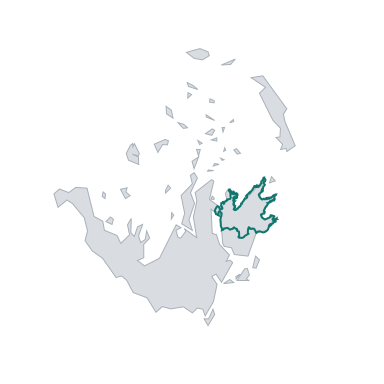 Greece, with Peloponnisos highlighted, rotated 240°
{"feature_id": "GRC-2885", "entity_name": "Peloponnisos", "entity_type": "Region", "adm_level": 1, "iso_a3": "GRC", "parent_name": "Greece", "parent_adm1": "", "projection": "orthographic", "projection_center": [22.642, 37.277], "detail": "fine", "context": "in_parent", "style": "outline", "palette": "teal", "viewbox_px": 384, "rotation_deg": 240, "n_neighbors": 0, "source": "natural_earth", "source_scale": "10m", "svg_char_len": 9718}
<svg xmlns="http://www.w3.org/2000/svg" viewBox="0 0 384 384"><g transform="rotate(240 192 192)"><path d="M245.7,68.3L259.4,71.5L260.9,78.7L253.1,85.0L254.1,93.7L247.8,103.0L219.8,94.9L211.4,100.1L202.6,97.0L191.9,105.3L183.1,104.6L186.1,116.5L195.8,119.7L199.5,126.2L187.4,118.7L182.3,119.8L189.1,127.5L188.6,133.0L180.6,123.7L173.9,122.3L174.2,127.7L181.0,133.3L173.2,132.3L170.8,124.0L159.2,117.4L159.9,110.5L151.8,113.9L150.8,130.6L171.5,161.9L166.6,164.6L166.8,158.9L160.0,157.2L157.7,158.9L159.0,162.2L161.3,167.2L164.2,167.0L150.1,173.2L169.5,180.6L181.9,191.8L190.0,194.5L192.9,215.1L190.5,216.3L176.8,203.4L163.5,209.2L168.2,218.6L173.9,220.0L176.6,225.1L167.2,229.0L162.9,223.6L154.5,221.5L167.3,261.3L154.3,248.7L151.2,249.2L147.7,261.3L145.9,260.3L144.4,252.1L135.8,240.1L132.2,241.5L130.3,250.7L125.8,246.1L121.4,238.1L124.3,227.0L108.5,208.4L116.7,197.4L124.0,198.3L128.8,192.7L132.5,193.0L160.1,206.3L159.3,202.9L167.7,199.9L145.9,188.8L142.9,191.8L132.8,189.7L118.7,192.9L114.8,186.8L113.9,190.9L110.5,191.9L99.0,172.4L108.8,171.8L109.0,166.9L99.4,167.5L86.2,155.6L78.2,141.5L85.1,142.8L88.9,138.4L87.1,131.9L96.9,127.1L101.3,115.3L107.6,108.9L105.9,100.6L122.8,100.2L134.3,90.8L148.1,91.3L154.4,89.1L156.0,83.5L179.3,81.4L190.7,76.2L203.3,75.0L210.4,82.0L223.6,85.8L241.9,82.7L247.5,79.8L245.7,68.3ZM188.0,294.3L197.3,292.0L195.6,295.6L203.0,300.5L213.8,297.9L243.8,299.8L245.9,308.0L261.4,300.4L257.2,311.4L216.6,315.7L213.7,310.1L206.4,307.7L180.4,304.5L179.6,294.4L182.7,295.2L184.5,290.0L188.0,294.3ZM169.6,167.2L177.2,175.0L194.4,180.8L198.9,196.4L207.2,198.9L207.7,203.5L201.4,203.7L192.1,190.3L180.9,188.5L169.5,175.5L158.6,173.1L169.6,167.2ZM258.2,154.3L263.3,162.1L263.6,164.9L260.8,163.4L262.6,166.3L251.6,165.6L250.1,163.6L254.6,159.2L249.1,163.1L242.5,159.6L251.3,152.9L258.2,154.3ZM305.3,276.0L301.5,275.2L301.1,267.4L306.6,260.7L315.7,257.0L312.2,270.6L305.3,276.0ZM250.9,195.0L248.2,197.2L245.1,194.3L247.8,190.2L243.3,182.3L252.3,183.2L250.9,195.0ZM92.9,186.8L99.1,199.1L98.2,201.7L91.4,200.2L89.5,195.5L86.6,197.4L92.9,186.8ZM80.0,151.6L74.6,150.4L68.3,139.1L76.1,139.1L73.8,142.9L80.0,151.6ZM230.1,131.4L228.1,137.9L225.0,134.8L219.8,136.5L219.5,131.1L230.1,131.4ZM272.4,209.0L279.2,212.4L273.2,215.0L265.5,212.5L272.4,209.0ZM211.1,108.9L207.6,110.3L203.9,106.5L209.4,102.7L211.1,108.9ZM96.1,206.8L104.7,215.0L99.6,216.5L94.0,209.4L96.1,206.8ZM236.6,241.1L234.1,242.5L231.2,237.5L235.8,232.8L236.6,241.1ZM218.6,207.4L219.0,215.2L211.2,205.5L218.6,207.4ZM287.3,280.9L285.5,296.0L283.2,289.2L287.3,280.9ZM97.3,181.0L92.7,182.9L96.9,173.5L97.3,181.0ZM165.5,268.6L160.0,269.6L161.2,263.6L165.5,268.6ZM277.8,248.3L285.2,241.7L289.2,242.6L283.6,246.2L277.8,248.3ZM249.9,220.2L251.4,216.3L259.0,214.5L254.9,218.6L249.9,220.2ZM227.4,234.8L226.5,240.5L223.7,239.0L227.4,234.8ZM226.6,217.2L224.7,220.4L220.0,215.7L226.6,217.2ZM209.8,174.7L206.0,175.5L204.3,168.6L206.6,169.9L209.8,174.7ZM236.5,115.1L233.4,116.1L229.8,113.3L233.1,112.0L236.5,115.1ZM207.4,249.3L207.3,252.2L201.3,253.3L202.2,250.1L207.4,249.3ZM251.8,242.9L242.6,247.4L249.9,241.8L251.8,242.9ZM202.9,217.1L199.7,221.5L202.2,215.9L202.9,217.1ZM233.7,222.8L229.2,225.1L229.3,222.3L233.7,222.8ZM263.7,254.1L260.1,256.9L258.2,255.7L261.0,252.2L263.7,254.1ZM280.0,238.2L276.6,240.4L275.4,235.3L280.0,238.2ZM205.4,225.8L202.4,229.3L203.9,223.4L205.4,225.8ZM96.8,187.8L96.9,192.6L94.6,186.7L96.8,187.8ZM232.8,250.3L231.7,252.5L228.5,248.9L232.8,250.3ZM184.3,164.0L181.1,164.7L179.0,160.6L184.3,164.0ZM178.3,207.4L175.8,208.2L174.5,207.2L176.3,205.0L178.3,207.4ZM206.9,233.7L203.9,235.9L204.3,233.9L206.9,233.7ZM233.2,259.2L234.1,264.0L232.1,263.4L233.2,259.2ZM213.9,242.4L211.3,242.1L211.4,239.8L213.9,242.4Z" fill="#d9dde1" stroke="#a8b0b8" stroke-width="1"/><path d="M167.0,206.9L166.5,207.3L165.1,208.0L163.9,207.5L163.7,207.6L162.9,207.5L162.7,208.5L162.3,209.1L162.4,209.8L162.8,210.3L163.4,210.2L163.9,210.5L164.6,210.5L165.2,210.4L165.7,210.2L166.6,211.1L167.2,211.5L167.7,211.7L167.5,212.4L167.6,212.7L167.7,213.0L167.3,213.0L166.8,213.4L166.1,213.5L165.9,214.2L166.7,214.7L167.0,214.9L167.5,214.9L167.2,215.8L167.2,216.3L167.5,217.7L167.1,217.7L167.2,218.5L167.3,218.8L167.9,219.0L167.2,220.7L167.0,221.7L167.2,222.2L167.7,222.7L169.1,223.1L170.0,223.8L170.5,223.9L171.3,224.7L171.8,224.6L173.3,224.9L173.8,224.6L174.9,224.6L175.3,225.1L175.3,226.0L171.8,226.2L171.3,226.1L171.5,226.6L170.5,226.5L170.1,226.5L170.2,226.9L169.2,227.1L169.2,227.5L169.4,227.7L170.0,227.6L169.8,227.9L169.8,228.1L170.6,228.4L170.1,228.6L168.5,228.6L167.9,228.8L167.9,229.1L168.4,230.1L167.8,230.3L167.4,230.3L166.6,229.9L166.6,229.6L167.2,229.6L167.2,229.4L166.9,229.3L166.5,229.4L166.1,229.3L165.8,228.9L166.4,229.2L166.3,228.8L166.1,228.6L165.4,228.2L165.2,228.4L164.9,228.4L164.6,228.2L164.5,227.0L164.6,226.6L165.2,227.0L165.5,226.7L165.8,226.2L165.8,225.7L166.6,226.2L166.6,225.9L166.4,225.6L166.3,224.8L165.3,224.3L164.3,224.6L163.8,224.4L164.2,224.2L163.8,223.4L162.8,224.1L162.6,224.4L162.2,223.1L161.9,222.7L161.4,222.2L160.8,222.2L160.7,222.1L160.6,221.7L160.2,221.5L159.6,221.5L160.0,221.6L160.2,222.0L159.7,221.7L159.2,221.8L158.3,222.4L158.1,222.2L157.3,221.7L157.5,221.2L157.1,221.0L156.8,220.8L156.6,220.5L156.7,220.2L156.1,219.5L154.9,220.0L154.6,220.6L154.5,221.5L154.9,222.3L154.7,223.2L154.8,223.6L155.3,224.2L155.3,225.1L155.7,225.5L155.7,225.8L155.5,226.3L155.5,226.7L157.0,228.5L157.3,228.7L157.1,229.2L157.5,229.2L157.5,229.4L157.3,229.4L157.3,229.7L157.6,230.0L158.3,231.2L158.5,231.9L159.5,233.7L159.8,234.1L160.0,234.5L159.6,234.9L159.5,236.3L159.7,236.8L160.3,236.9L161.3,236.7L161.3,236.8L161.5,237.2L161.3,237.3L161.5,237.4L161.3,237.7L161.8,237.9L162.0,238.2L161.9,238.4L161.5,238.2L161.8,238.8L162.5,240.0L162.5,240.4L162.9,241.7L162.3,241.7L162.7,242.4L162.9,242.2L163.0,242.8L162.9,243.4L163.2,243.9L163.8,245.4L164.0,245.7L163.9,245.9L164.3,246.6L165.1,247.4L165.3,247.8L165.4,248.2L165.3,248.5L164.9,248.6L164.9,248.9L165.5,248.9L165.9,249.1L165.8,249.4L165.5,249.7L165.3,249.9L165.3,250.5L165.2,250.9L164.8,250.9L164.1,250.4L163.9,250.8L163.5,251.2L163.3,251.5L163.7,251.9L163.5,252.4L164.3,252.4L163.6,253.0L163.6,254.0L164.1,254.9L164.7,255.9L165.0,256.5L166.6,257.4L166.9,257.9L167.2,257.9L166.8,258.1L166.8,258.4L166.9,258.6L167.0,258.8L166.8,258.9L166.6,259.1L167.1,259.8L168.0,260.4L168.6,261.0L168.4,261.8L167.4,261.3L167.1,261.7L166.7,261.8L165.4,261.5L164.9,260.7L164.6,260.4L164.6,260.1L164.7,259.6L164.5,259.1L164.1,258.6L163.7,258.4L162.4,258.7L161.8,258.7L161.6,258.3L161.4,257.7L160.5,255.9L158.9,254.7L159.4,254.2L159.2,253.8L158.0,252.7L157.8,252.6L157.7,252.9L157.3,253.4L157.2,253.2L157.2,252.9L157.3,252.0L157.3,251.5L157.0,250.7L156.8,249.4L156.4,248.7L155.7,248.3L154.9,248.2L153.4,248.1L151.6,248.4L150.3,249.1L150.3,250.7L149.3,251.4L149.0,251.9L148.7,252.7L149.2,252.7L149.4,252.9L149.6,253.4L149.5,253.9L149.3,253.9L149.2,253.4L149.0,253.2L148.7,253.2L148.5,253.4L148.3,253.7L148.3,254.0L148.9,254.6L148.7,255.3L148.4,255.7L148.1,254.9L147.7,255.2L147.5,255.5L147.5,257.7L147.6,258.5L147.8,259.2L148.3,260.6L148.2,260.8L148.3,261.2L147.9,261.4L147.8,261.8L147.9,262.2L148.1,262.6L148.1,262.9L147.8,262.9L147.8,263.0L147.7,263.4L147.4,263.0L147.2,261.7L147.1,261.1L146.7,260.8L145.6,260.4L145.3,259.9L145.1,259.9L144.8,260.2L144.5,260.1L144.0,259.5L143.7,259.0L143.7,258.6L144.1,257.7L144.6,257.8L144.7,257.4L144.6,256.8L144.3,256.4L144.7,255.7L144.1,255.7L144.2,255.2L144.1,254.6L144.2,254.2L144.7,254.2L144.7,253.9L144.1,253.7L144.2,253.1L144.7,251.9L143.9,252.0L143.3,251.2L142.9,250.0L142.3,249.4L142.4,248.7L141.9,247.7L139.9,244.9L139.3,244.6L138.5,245.1L137.8,244.5L137.5,244.2L137.3,243.6L137.5,243.5L137.8,242.8L137.9,241.6L138.0,240.7L137.9,240.4L136.0,239.9L134.9,239.9L134.3,240.0L133.2,240.7L132.1,241.0L131.8,241.4L131.6,241.9L131.3,245.3L131.2,245.8L131.1,246.1L131.5,247.2L131.3,247.6L132.1,248.3L132.5,248.4L132.5,248.6L132.2,248.6L131.8,248.8L131.6,249.0L131.7,249.3L131.5,249.7L130.0,251.1L129.7,251.1L128.2,248.1L127.3,248.2L126.5,248.6L126.2,248.2L125.5,247.9L125.3,247.5L125.1,247.5L124.9,247.7L124.3,246.5L124.5,246.2L124.4,245.0L124.5,244.7L125.0,243.8L125.0,243.2L124.8,242.6L124.4,242.4L123.8,242.5L124.1,242.4L124.2,242.0L123.9,242.0L123.6,242.5L123.4,241.2L122.7,240.3L121.8,239.4L121.2,238.2L121.0,236.8L120.9,235.3L121.2,234.0L121.7,233.0L123.5,231.6L124.3,230.7L124.7,229.5L124.6,228.1L124.4,227.3L124.8,227.1L126.7,227.5L127.8,227.3L128.7,227.5L129.3,227.2L130.3,225.9L130.1,225.4L130.3,224.9L131.1,224.0L131.5,223.6L132.2,224.1L132.7,223.9L133.0,223.5L132.2,222.4L129.5,220.3L128.6,219.9L128.1,220.0L127.6,220.0L127.6,216.0L127.0,214.2L127.1,212.7L128.8,210.0L129.9,209.8L130.1,210.8L131.1,211.2L132.0,211.8L134.0,212.8L134.5,212.8L135.2,211.9L135.8,211.7L136.8,211.8L136.9,212.3L137.3,212.4L137.9,212.2L138.6,211.4L140.2,210.8L140.4,210.2L140.2,209.7L139.8,209.2L139.9,208.2L140.2,207.8L140.3,207.2L140.2,206.6L140.4,206.1L142.5,205.2L143.1,204.8L143.4,204.3L143.6,203.8L143.6,203.4L144.4,201.5L143.7,200.3L144.0,198.8L144.2,199.0L145.0,199.4L145.6,199.8L146.1,199.6L148.4,200.1L151.5,201.7L153.2,202.4L153.5,202.6L153.8,202.7L156.1,204.7L156.6,205.6L157.3,205.9L158.6,207.0L159.1,207.0L160.2,206.7L160.9,206.7L161.1,206.6L161.6,205.7L161.4,205.1L161.0,204.7L160.2,204.3L159.5,203.8L159.0,203.7L158.2,203.5L158.8,203.0L159.1,202.8L159.9,202.6L160.8,201.7L161.5,201.8L163.0,202.4L163.5,202.2L164.4,202.6L164.6,202.6L165.6,203.9L166.5,205.6L167.0,206.9ZM126.5,250.0L127.0,250.3L127.0,250.7L126.9,251.3L126.9,252.0L126.6,251.7L126.5,251.3L126.1,251.6L126.4,250.1L126.5,250.0ZM124.5,250.5L124.6,249.2L124.7,248.7L124.9,248.3L125.3,248.6L125.5,248.5L125.5,248.8L125.1,249.0L125.1,249.4L124.5,250.5Z" fill="none" stroke="#0f766e" stroke-width="2"/></g></svg>